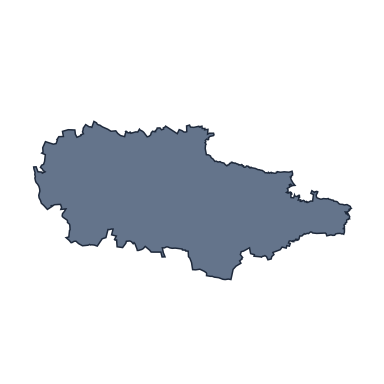 outline of San Andres De Sotavento, Córdoba, Colombia, rotated 74°
{"feature_id": "7082276B77383139939829", "entity_name": "San Andres De Sotavento", "entity_type": "district", "adm_level": 2, "iso_a3": "COL", "parent_name": "Colombia", "parent_adm1": "Córdoba", "projection": "orthographic", "projection_center": [-75.512, 9.134], "detail": "fine", "context": "isolated", "style": "filled", "palette": "slate", "viewbox_px": 384, "rotation_deg": 74, "n_neighbors": 0, "source": "geoboundaries", "source_scale": "gbopen_adm2", "svg_char_len": 6020}
<svg xmlns="http://www.w3.org/2000/svg" viewBox="0 0 384 384"><g transform="rotate(74 192 192)"><path d="M107.8,312.1L103.2,319.0L108.3,323.3L112.6,324.2L113.2,325.7L115.7,322.7L122.0,325.3L124.5,327.1L124.8,329.2L126.6,330.9L128.5,329.6L130.4,329.1L132.1,327.7L132.6,330.7L131.5,330.8L130.1,334.5L124.8,334.9L124.3,337.3L126.4,337.6L130.0,337.5L131.9,338.3L134.3,338.4L135.2,339.2L138.5,339.4L140.0,339.2L141.8,338.3L144.4,337.6L146.8,337.6L149.2,338.0L152.9,340.2L155.5,340.6L158.1,340.0L161.3,339.9L164.0,338.2L168.9,335.8L167.4,330.9L166.5,331.2L166.4,330.4L167.1,330.1L166.3,327.8L167.3,323.2L167.7,321.8L170.8,321.6L172.6,322.9L173.5,317.9L175.4,319.9L177.1,322.4L178.9,323.3L179.8,323.4L180.9,322.8L184.6,319.8L185.4,319.6L187.0,320.1L189.0,318.7L190.1,318.6L194.7,319.6L195.1,320.3L201.3,322.8L201.2,325.6L204.6,323.4L207.4,322.2L207.5,321.0L206.9,319.0L207.3,317.1L210.3,315.3L213.5,312.1L214.5,306.6L214.2,304.8L214.9,304.3L215.1,302.9L216.1,300.5L217.9,298.0L212.2,291.2L212.1,287.3L204.9,283.1L205.4,281.7L205.4,279.6L205.9,278.1L211.0,281.1L213.5,276.9L216.3,279.6L217.1,279.1L217.3,277.7L224.0,279.1L226.3,274.0L223.0,269.7L221.3,268.7L221.9,265.4L223.0,264.0L225.5,262.8L224.7,261.7L226.1,261.1L231.5,260.6L233.1,260.7L233.4,259.8L233.4,256.2L232.9,254.3L231.4,252.0L236.3,248.7L238.5,247.8L241.2,238.5L246.2,238.7L246.9,235.8L242.3,236.3L237.5,235.9L238.1,233.8L237.7,231.7L238.1,230.5L239.7,228.5L240.7,226.4L241.3,223.6L244.1,217.2L245.1,217.2L246.1,214.3L246.9,214.4L247.9,212.0L253.2,213.2L255.0,212.3L259.7,211.9L266.8,212.8L267.8,210.0L268.4,205.7L271.5,202.2L273.5,200.5L274.5,200.4L276.4,201.1L278.2,197.4L278.6,195.8L280.0,194.0L281.7,190.0L284.4,186.4L285.3,184.3L285.7,181.1L286.9,178.7L277.7,173.8L275.4,170.1L273.9,164.6L271.3,165.2L270.2,162.4L269.6,162.6L268.9,161.4L265.5,162.8L262.9,161.1L263.0,158.8L261.5,152.1L267.1,152.6L267.5,152.5L269.4,149.3L270.8,150.1L273.3,143.8L273.8,143.3L273.3,141.8L273.5,140.4L273.2,139.5L274.7,138.2L278.1,137.7L278.2,134.3L276.0,133.1L274.8,130.5L272.4,130.9L271.8,123.1L269.8,120.6L271.9,116.9L269.7,115.6L270.9,113.3L268.5,111.7L267.6,113.3L265.9,112.0L266.2,110.6L267.3,109.3L266.8,108.9L267.8,107.9L266.8,107.3L267.2,106.4L266.1,105.4L266.7,104.6L268.0,104.5L266.5,104.0L267.3,102.8L266.8,102.2L264.0,100.5L264.6,98.5L263.8,97.2L263.7,96.3L263.0,95.6L263.7,94.8L263.5,92.7L264.1,91.4L263.1,89.3L263.5,88.0L264.6,87.4L266.2,83.5L268.2,75.2L268.9,74.6L271.3,74.5L271.5,70.3L272.5,68.6L272.9,66.8L271.9,65.5L272.0,63.6L272.6,61.0L273.7,59.4L273.7,58.5L274.4,57.8L272.7,56.6L269.5,55.6L269.0,56.7L268.7,56.6L268.5,55.5L267.4,55.0L265.7,55.0L265.2,54.4L265.1,53.2L264.0,53.0L263.8,51.7L261.7,51.1L261.2,50.0L261.5,49.2L260.9,48.7L261.2,47.9L260.3,47.9L259.2,47.2L254.8,48.2L254.3,48.1L254.7,48.7L256.7,48.1L256.8,48.6L255.8,48.7L255.5,49.8L253.4,50.2L254.0,48.6L253.3,45.9L252.8,45.3L252.2,45.9L251.9,45.7L251.9,44.1L251.6,43.4L251.2,43.8L249.5,43.8L246.8,46.5L246.4,49.3L245.5,50.4L244.6,53.0L243.7,54.0L241.7,54.9L241.0,55.6L239.8,58.3L239.0,58.3L238.6,58.8L238.1,60.2L237.3,61.0L236.7,62.4L235.8,62.8L235.7,64.5L234.5,67.6L234.6,69.1L234.3,70.4L232.2,73.3L231.3,73.7L229.2,73.5L227.2,71.5L226.3,71.1L225.7,72.3L226.0,72.7L225.6,73.5L226.2,74.3L223.8,76.4L226.1,78.1L227.9,75.9L234.0,78.6L233.4,80.6L234.0,83.6L233.8,84.0L233.3,84.0L233.4,84.7L232.6,84.7L232.6,86.1L231.2,86.6L230.7,87.3L231.2,89.5L230.9,90.4L230.0,89.7L229.5,89.7L229.0,92.1L227.8,91.1L226.5,91.0L226.7,90.1L224.8,89.7L224.6,90.6L225.2,92.0L225.1,92.9L224.2,94.3L223.2,94.3L225.6,95.9L224.6,98.4L221.6,97.6L221.5,96.6L220.0,96.7L219.4,97.3L219.9,97.5L220.6,97.1L220.8,97.5L219.2,98.4L219.0,98.8L219.6,99.9L218.5,101.3L218.0,99.8L216.6,99.1L214.8,99.4L214.3,96.8L211.8,96.4L211.7,95.0L212.6,94.6L213.7,95.4L213.7,94.3L213.4,94.1L214.0,91.2L211.2,92.4L207.4,93.3L204.7,93.3L204.9,92.3L203.6,91.8L203.5,90.7L201.9,90.2L199.6,90.1L199.7,93.3L198.0,97.8L197.4,101.6L196.0,104.3L196.4,104.6L196.2,105.3L196.7,105.4L197.0,106.3L196.6,108.0L195.8,109.1L195.8,110.2L194.9,110.5L195.2,112.2L194.4,112.9L194.9,113.0L194.5,113.5L194.7,114.0L194.1,114.9L193.7,116.4L192.3,117.1L190.4,118.8L190.2,119.7L189.2,121.0L188.7,122.4L186.8,124.6L185.1,128.1L184.5,128.4L184.9,129.5L184.0,129.8L184.1,130.3L183.7,130.6L182.8,130.8L182.2,132.0L182.0,132.5L182.8,133.6L182.8,134.6L182.2,135.4L181.4,135.1L181.0,135.3L180.9,136.4L179.7,136.3L179.3,136.6L179.4,138.3L178.8,139.0L178.7,139.8L177.8,140.1L177.1,141.5L176.2,142.2L176.2,143.0L175.5,143.7L175.4,144.7L174.6,145.0L174.2,146.0L175.1,146.9L174.9,148.0L176.0,149.1L175.9,150.5L176.4,151.0L176.4,151.4L174.7,152.6L173.0,153.3L171.7,155.7L170.5,156.7L170.4,158.7L169.0,160.2L168.9,161.6L166.2,162.6L164.2,164.2L162.5,164.3L160.9,165.9L160.1,167.9L153.8,167.3L150.7,166.1L150.0,165.3L148.2,165.9L148.0,165.3L147.2,164.8L146.1,165.0L145.2,163.3L146.2,162.3L146.1,161.7L145.6,161.3L144.5,161.4L143.5,159.4L143.7,155.8L143.1,155.1L141.4,155.1L140.3,159.1L140.7,161.1L136.2,159.4L135.7,162.7L134.5,162.1L133.8,164.7L131.5,164.3L131.4,165.9L131.9,166.3L131.5,167.1L130.7,167.3L130.4,172.4L129.2,175.6L127.0,175.9L127.0,179.0L132.6,180.4L132.6,181.9L132.1,183.2L130.2,184.8L128.5,187.1L131.9,190.1L121.4,199.2L122.2,200.2L122.5,201.9L123.7,202.0L123.8,204.2L121.6,205.1L120.9,207.8L122.2,208.7L123.1,210.5L123.9,210.4L123.8,211.3L122.7,213.1L123.8,214.8L125.8,216.1L126.6,218.0L126.6,219.9L121.4,221.9L120.0,222.8L118.1,224.8L117.1,225.2L119.4,227.6L118.7,229.6L118.7,234.3L118.4,234.2L118.1,234.9L117.4,234.9L117.4,235.3L117.9,235.3L117.5,237.2L115.6,238.3L115.4,239.0L115.7,239.3L116.4,238.9L117.5,240.0L120.2,241.5L118.1,245.1L115.3,247.2L112.2,248.4L111.3,253.1L108.4,255.7L104.7,260.2L102.4,262.1L101.6,263.6L100.4,264.5L99.2,264.7L97.1,266.8L102.3,270.5L101.4,271.5L101.0,272.9L97.9,275.6L100.6,278.9L102.5,279.7L104.0,280.7L106.1,280.3L106.4,283.1L107.1,283.1L107.7,287.5L104.4,288.2L100.1,287.5L98.0,293.8L98.0,299.8L103.2,300.3L102.1,304.8L104.5,307.5L105.0,307.1L108.0,309.3L107.8,312.1Z" fill="#64748b" stroke="#1e293b" stroke-width="1.5"/></g></svg>